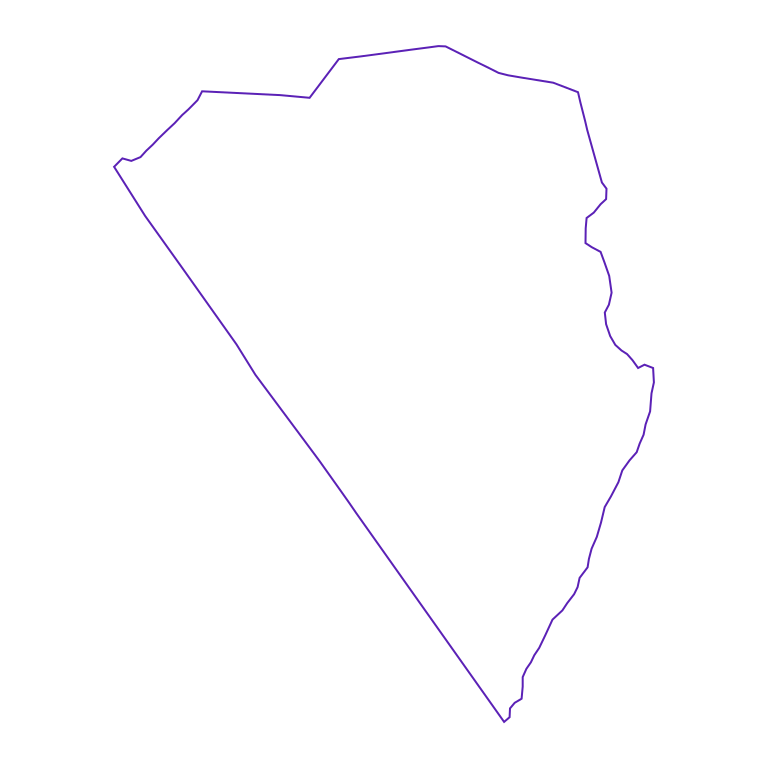 outline of Inhapi, Alagoas, Brazil
{"feature_id": "56859067B78860328725040", "entity_name": "Inhapi", "entity_type": "district", "adm_level": 2, "iso_a3": "BRA", "parent_name": "Brazil", "parent_adm1": "Alagoas", "projection": "equal_earth", "projection_center": [-37.665, -9.294], "detail": "fine", "context": "isolated", "style": "outline", "palette": "violet", "viewbox_px": 768, "rotation_deg": 0, "n_neighbors": 0, "source": "geoboundaries", "source_scale": "gbopen_adm2", "svg_char_len": 1311}
<svg xmlns="http://www.w3.org/2000/svg" viewBox="0 0 768 768"><path d="M255.4,374.8L308.9,446.7L319.5,461.0L340.9,491.1L348.8,502.3L356.3,513.2L504.1,721.9L509.6,717.2L510.0,708.4L514.7,702.8L521.6,698.7L522.7,686.6L522.7,677.1L526.4,668.8L530.9,662.3L534.3,655.2L539.2,647.9L545.3,635.2L552.5,619.6L562.4,610.4L567.3,603.0L574.1,594.2L577.6,587.1L579.6,577.9L587.6,567.3L588.9,559.0L591.6,548.7L596.8,536.9L601.0,522.6L604.7,507.1L610.9,496.5L618.4,482.2L622.3,470.4L629.5,460.4L636.7,452.2L639.7,443.5L643.6,434.7L645.6,424.4L650.1,411.4L651.5,393.4L653.9,382.4L653.1,368.0L644.5,364.7L638.1,368.0L632.5,360.2L627.1,354.1L621.5,350.5L615.3,344.9L610.2,336.1L606.1,324.2L604.8,312.5L608.9,304.7L611.6,292.7L609.2,275.9L604.4,262.2L600.6,251.9L591.8,247.2L585.5,243.1L585.7,228.3L586.6,218.0L593.8,212.6L600.6,204.2L606.1,199.1L606.5,188.7L601.9,182.5L587.2,129.9L585.1,120.9L580.4,102.5L578.0,92.2L553.2,82.7L521.6,77.6L508.1,75.3L498.6,72.9L488.7,67.9L478.3,62.8L445.6,46.4L438.4,46.1L429.5,47.3L411.0,49.7L360.8,56.4L338.8,59.1L309.6,97.8L280.0,95.1L202.1,91.3L197.5,100.2L188.3,109.5L182.1,115.1L174.6,123.2L167.4,129.9L158.8,138.2L152.7,144.7L146.4,150.6L140.5,157.1L131.3,160.9L122.4,158.4L114.1,166.8L145.1,215.9L182.8,268.7L236.5,344.4L255.4,374.8Z" fill="none" stroke="#5b21b6" stroke-width="2"/></svg>